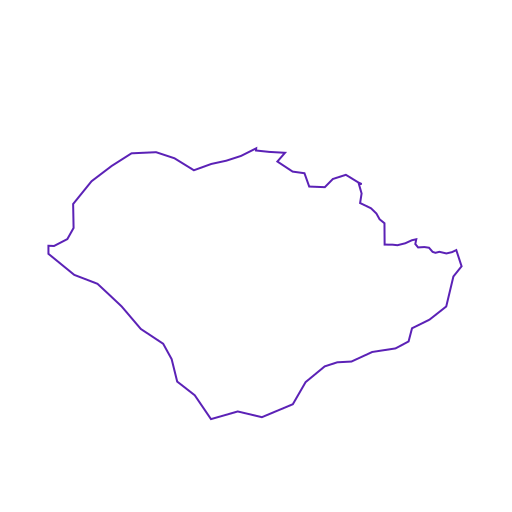 the district of Gerovasa, Limassol, Cyprus, rotated 48°
{"feature_id": "46923920B72071673146267", "entity_name": "Gerovasa", "entity_type": "district", "adm_level": 2, "iso_a3": "CYP", "parent_name": "Cyprus", "parent_adm1": "Limassol", "projection": "equal_earth", "projection_center": [32.737, 34.814], "detail": "fine", "context": "isolated", "style": "outline", "palette": "violet", "viewbox_px": 512, "rotation_deg": 48, "n_neighbors": 0, "source": "geoboundaries", "source_scale": "gbopen_adm2", "svg_char_len": 1121}
<svg xmlns="http://www.w3.org/2000/svg" viewBox="0 0 512 512"><g transform="rotate(48 256 256)"><path d="M273.2,129.3L269.9,130.7L255.8,134.9L250.2,147.3L250.9,158.8L240.0,170.0L226.9,164.6L217.8,172.3L200.1,176.9L198.7,165.4L187.5,176.5L177.6,185.4L176.1,183.8L171.6,200.2L165.3,214.3L157.7,227.6L150.7,244.8L128.8,251.2L112.0,260.8L96.4,279.8L92.5,303.0L90.4,328.2L95.0,357.1L104.8,365.6L113.1,372.8L117.2,384.9L113.4,399.4L109.5,403.4L115.5,408.8L148.4,403.7L170.6,392.4L193.7,390.4L203.6,389.6L232.2,390.4L233.3,390.4L259.1,383.7L276.2,387.7L296.6,398.6L318.5,394.7L347.1,398.6L359.3,373.6L379.7,359.5L390.8,327.8L382.9,303.5L384.0,278.8L389.4,266.7L398.3,255.7L405.1,233.8L418.0,214.2L421.6,199.8L414.1,188.4L419.4,169.6L420.8,148.5L420.6,148.1L403.3,123.0L401.2,110.1L385.6,103.2L384.3,107.7L381.5,112.8L375.6,116.9L373.7,120.5L371.1,122.0L365.6,121.9L362.0,124.9L358.1,129.8L353.7,129.6L350.8,125.7L348.6,129.6L346.4,136.6L342.6,143.7L338.9,147.0L333.6,152.8L317.6,138.6L311.5,139.6L305.0,138.1L297.5,138.6L286.3,143.2L280.2,135.7L271.4,131.4L273.2,129.3Z" fill="none" stroke="#5b21b6" stroke-width="2"/></g></svg>